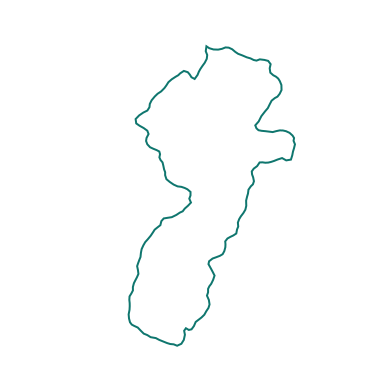 the district of São Gonçalo do Rio Preto, Minas Gerais, Brazil, rotated 22°
{"feature_id": "56859067B83090894964988", "entity_name": "São Gonçalo do Rio Preto", "entity_type": "district", "adm_level": 2, "iso_a3": "BRA", "parent_name": "Brazil", "parent_adm1": "Minas Gerais", "projection": "mercator", "projection_center": [-43.356, -18.089], "detail": "fine", "context": "isolated", "style": "outline", "palette": "teal", "viewbox_px": 384, "rotation_deg": 22, "n_neighbors": 0, "source": "geoboundaries", "source_scale": "gbopen_adm2", "svg_char_len": 2980}
<svg xmlns="http://www.w3.org/2000/svg" viewBox="0 0 384 384"><g transform="rotate(22 192 192)"><path d="M235.8,340.1L239.0,336.7L239.8,332.2L238.9,327.0L236.7,323.6L237.4,320.6L240.7,321.1L243.0,319.5L244.0,315.6L244.1,311.1L246.0,307.9L247.8,304.8L249.4,301.2L249.9,297.2L250.7,293.4L250.4,289.7L248.1,285.8L244.7,282.5L244.5,279.0L243.2,275.8L243.4,272.8L244.2,270.0L244.5,265.5L244.2,261.0L240.4,257.7L237.0,254.9L234.3,252.7L233.8,249.8L236.0,246.0L239.0,243.3L241.8,240.7L243.7,238.2L244.1,234.7L243.6,230.7L242.6,227.9L241.3,225.3L242.3,221.8L244.4,219.2L246.6,216.8L248.6,213.9L247.8,209.9L247.8,206.7L246.0,203.2L245.9,199.5L246.4,196.3L247.5,192.3L248.1,188.4L247.5,184.5L245.4,179.7L244.8,175.6L244.5,172.5L243.5,168.7L244.4,164.7L245.6,162.1L245.4,158.8L243.2,155.5L241.1,153.2L239.7,150.5L240.5,147.2L242.7,143.6L243.6,139.3L246.2,138.1L249.0,137.4L251.6,136.2L253.9,134.6L256.4,132.5L259.1,129.9L262.8,126.8L267.5,127.4L271.6,124.9L271.2,120.3L270.5,116.8L270.2,113.3L269.6,109.2L267.0,106.5L266.4,103.7L264.1,102.0L260.3,100.6L256.4,100.4L253.3,100.9L250.3,102.0L247.3,104.0L244.4,106.2L241.4,107.0L237.3,108.1L233.6,109.2L230.5,109.8L227.9,108.8L225.7,106.5L227.4,101.6L227.9,95.7L229.5,90.0L230.9,85.8L231.2,81.6L231.6,77.5L233.6,73.9L235.5,71.6L236.5,68.2L236.8,63.9L234.8,59.3L231.9,56.3L229.4,54.5L226.6,53.6L223.6,53.3L219.9,52.0L217.7,48.2L217.0,44.0L213.5,41.9L209.7,42.4L205.2,43.6L202.6,46.0L199.7,46.5L196.2,46.2L192.3,46.6L187.4,46.5L183.0,46.6L179.7,45.9L175.8,44.6L172.0,44.4L168.9,45.4L166.2,48.0L162.9,50.2L158.5,51.8L154.1,52.2L150.8,51.5L152.0,56.3L154.8,59.3L155.8,63.0L155.4,67.4L154.5,71.0L153.7,74.7L153.3,77.8L153.3,81.4L152.1,86.2L148.5,85.8L145.9,83.9L143.2,82.5L139.1,82.8L136.6,86.4L135.5,88.9L133.7,91.2L131.0,95.1L129.0,99.0L128.3,102.8L127.5,106.0L125.7,110.3L123.3,113.8L121.7,117.4L120.2,122.1L119.9,126.2L120.8,129.3L120.1,133.2L117.1,136.6L114.3,140.8L112.4,145.5L114.6,149.3L118.5,150.2L123.2,150.8L127.6,151.9L130.0,154.5L129.6,158.9L130.3,161.9L132.7,164.5L136.3,166.2L139.9,166.4L143.5,166.4L146.5,166.7L148.2,168.9L148.8,172.1L150.8,174.1L153.6,175.6L155.6,178.4L157.6,181.4L159.7,183.7L160.8,186.5L163.5,189.7L167.6,191.0L172.2,192.0L176.5,192.2L180.2,191.2L183.7,191.0L186.7,191.2L190.6,192.5L191.9,195.8L192.0,199.2L195.0,202.2L193.4,206.3L191.5,210.1L190.6,213.4L188.5,215.6L186.1,219.1L182.7,222.9L179.0,225.1L175.7,227.1L174.5,230.5L175.1,234.6L173.4,237.5L171.5,240.9L171.0,243.7L170.1,248.0L168.7,252.4L167.4,256.0L166.9,259.6L166.7,263.8L167.4,267.4L168.6,271.6L168.6,274.7L168.7,278.0L168.9,281.3L171.1,284.6L173.0,288.0L172.9,291.7L172.6,294.7L172.3,298.3L172.8,302.3L174.1,305.4L173.8,308.6L173.2,312.2L174.3,315.5L175.8,318.3L177.0,321.1L178.2,324.6L179.1,329.2L181.0,332.9L183.3,336.0L185.8,337.5L188.5,337.8L192.5,338.0L196.5,339.8L200.3,341.4L204.2,341.4L208.0,342.1L213.2,341.0L217.0,341.4L220.4,341.4L225.4,341.4L228.8,341.1L232.1,340.1L235.8,340.1Z" fill="none" stroke="#0f766e" stroke-width="2"/></g></svg>